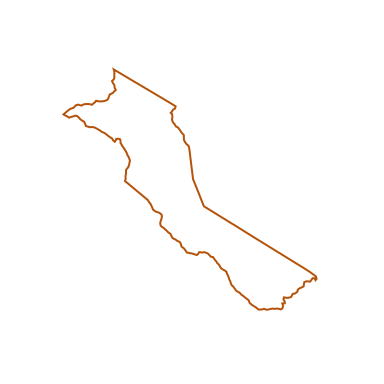 the district of Caiuá, São Paulo, Brazil, rotated 113°
{"feature_id": "56859067B65621554101877", "entity_name": "Caiuá", "entity_type": "district", "adm_level": 2, "iso_a3": "BRA", "parent_name": "Brazil", "parent_adm1": "São Paulo", "projection": "albers", "projection_center": [-51.979, -21.795], "detail": "fine", "context": "isolated", "style": "outline", "palette": "amber", "viewbox_px": 384, "rotation_deg": 113, "n_neighbors": 0, "source": "geoboundaries", "source_scale": "gbopen_adm2", "svg_char_len": 2964}
<svg xmlns="http://www.w3.org/2000/svg" viewBox="0 0 384 384"><g transform="rotate(113 192 192)"><path d="M265.4,64.4L263.8,63.3L261.1,63.7L259.3,65.3L258.2,63.1L256.6,63.8L255.4,65.7L253.1,66.3L252.5,63.7L251.6,61.8L249.9,59.7L246.4,59.5L245.2,57.5L242.5,56.0L240.6,56.5L238.8,55.5L237.1,53.9L235.4,52.4L231.1,53.4L229.5,51.8L228.3,48.2L225.9,47.7L224.2,47.3L223.6,45.5L224.9,43.9L223.3,43.4L221.3,44.9L219.6,52.0L218.4,58.9L209.2,119.3L208.1,126.2L207.0,133.1L205.9,140.0L205.5,143.1L202.0,165.7L200.5,175.5L187.9,187.9L179.7,196.1L152.7,211.7L150.8,213.3L150.1,215.7L149.1,217.4L147.6,219.4L146.0,220.4L144.3,221.1L142.8,221.8L142.0,223.5L141.2,225.2L140.0,226.9L139.0,228.5L138.1,230.2L137.9,232.5L136.5,234.3L135.2,236.9L133.2,238.7L131.7,239.1L130.0,239.6L128.1,240.8L127.5,242.5L125.8,241.9L123.7,241.7L121.9,240.3L119.6,240.5L119.1,243.2L117.7,253.2L116.6,261.2L109.8,311.9L111.1,310.8L112.9,309.9L114.7,309.2L116.9,308.2L118.8,308.0L121.1,309.0L122.6,307.3L124.0,305.2L126.2,304.0L127.9,302.0L129.7,302.9L131.6,303.5L133.0,304.6L134.3,305.8L136.6,305.8L139.0,305.6L141.0,306.5L142.6,308.4L144.1,311.0L145.1,313.6L145.5,316.0L147.2,316.3L148.9,317.3L150.8,318.2L151.1,320.5L152.2,323.5L153.6,325.9L155.7,327.6L156.0,330.8L157.6,332.8L159.2,333.4L160.9,334.0L162.2,335.6L163.6,336.9L166.1,338.3L168.2,339.3L170.8,340.6L171.1,338.2L171.2,336.4L171.6,334.2L170.3,332.8L169.1,331.2L167.2,329.1L167.0,327.2L167.7,325.3L168.6,323.5L169.2,321.1L169.5,318.7L171.1,316.9L172.7,315.5L172.5,313.5L172.3,311.4L171.3,309.5L170.7,307.3L170.8,305.2L171.0,303.3L171.3,300.9L171.9,298.5L171.9,295.5L172.6,292.6L173.3,290.3L173.6,288.6L174.0,286.4L175.3,284.8L175.9,282.7L174.2,282.4L172.6,282.4L171.9,280.8L171.6,278.7L173.0,277.7L174.7,277.0L175.8,275.5L177.1,273.8L178.3,271.7L179.7,269.9L180.7,268.3L182.1,266.8L183.4,265.7L184.3,264.3L185.6,263.0L187.3,261.4L189.4,261.0L191.5,260.5L194.1,260.4L197.1,261.3L198.9,260.8L200.7,259.9L203.1,259.5L206.1,258.1L208.1,258.0L216.7,229.4L217.9,227.9L219.1,225.6L220.8,223.7L223.5,220.8L224.2,217.9L223.9,214.1L224.6,211.4L225.9,210.3L228.0,209.7L230.5,209.5L232.8,209.2L234.8,208.1L235.7,206.7L236.1,204.3L237.1,201.3L238.5,197.9L238.9,195.5L240.5,193.8L241.6,192.6L242.2,190.7L242.2,188.4L242.7,186.8L242.8,183.8L243.9,182.2L246.4,180.2L247.1,177.2L248.4,175.1L249.7,173.1L249.2,170.5L248.6,168.0L248.4,165.9L248.2,163.0L246.6,162.2L244.6,161.9L243.6,158.7L242.5,156.9L242.4,153.4L244.2,149.3L243.7,147.2L245.5,144.4L246.5,142.4L247.6,141.0L248.3,138.8L250.2,136.5L251.0,134.9L251.3,132.9L251.5,130.9L251.9,129.3L253.8,127.6L254.9,126.1L258.0,123.4L259.5,121.6L260.9,120.6L262.2,119.2L262.9,117.2L263.9,115.5L265.5,113.0L265.9,111.1L266.1,108.9L267.3,106.2L267.7,104.1L268.3,102.1L269.0,99.7L269.5,97.6L271.5,95.7L272.4,93.2L272.8,91.2L273.2,88.3L274.2,84.9L273.6,83.4L272.7,81.6L271.4,80.0L271.3,78.0L270.8,76.4L269.0,74.0L267.9,72.5L267.2,70.1L265.8,67.6L265.4,64.4Z" fill="none" stroke="#b45309" stroke-width="2"/></g></svg>